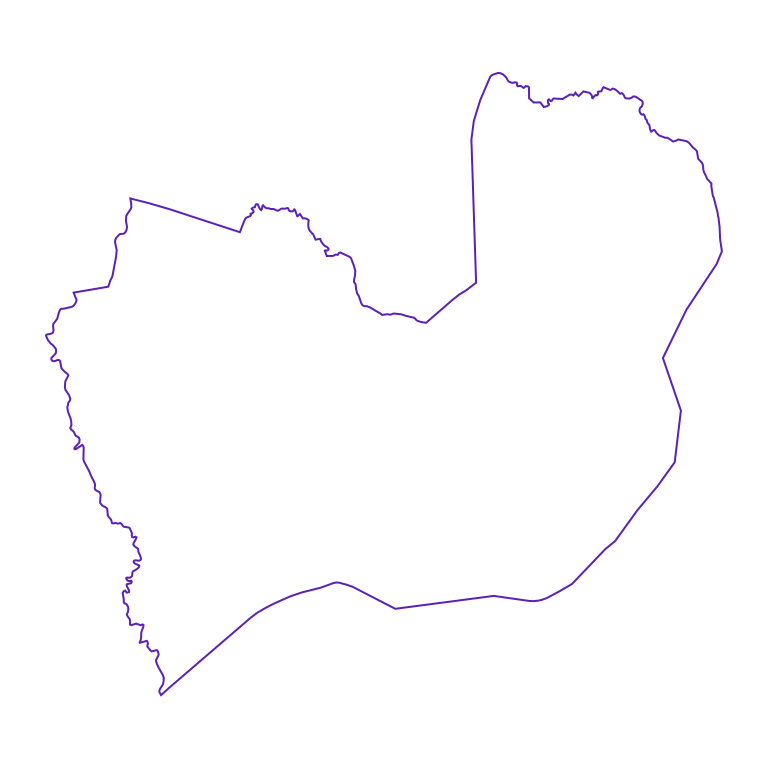 outline of Belen, Lempira, Honduras
{"feature_id": "27666195B74461525568246", "entity_name": "Belen", "entity_type": "district", "adm_level": 2, "iso_a3": "HND", "parent_name": "Honduras", "parent_adm1": "Lempira", "projection": "equal_earth", "projection_center": [-88.46, 14.523], "detail": "fine", "context": "isolated", "style": "outline", "palette": "violet", "viewbox_px": 768, "rotation_deg": 0, "n_neighbors": 0, "source": "geoboundaries", "source_scale": "gbopen_adm2", "svg_char_len": 5971}
<svg xmlns="http://www.w3.org/2000/svg" viewBox="0 0 768 768"><path d="M572.0,584.0L605.3,549.1L615.1,541.1L637.4,510.2L657.5,486.2L674.7,462.3L680.9,410.6L662.9,358.0L686.5,309.6L716.7,263.9L721.9,251.3L720.1,239.1L719.6,227.1L718.5,217.7L717.9,215.3L717.7,213.1L713.8,197.8L712.9,196.2L711.3,186.0L711.4,183.5L707.1,178.8L706.0,176.0L704.1,172.4L703.3,169.6L703.1,166.4L702.5,163.7L701.9,162.6L698.2,158.8L696.9,151.2L695.4,149.5L693.0,147.6L689.1,142.9L686.6,141.2L678.5,139.5L674.9,141.1L673.1,141.5L667.6,137.8L665.1,137.7L659.2,135.5L656.4,132.9L655.0,130.6L654.3,130.0L652.9,130.3L651.5,131.6L651.0,131.6L650.0,128.9L649.4,125.1L647.5,122.8L646.7,120.0L645.4,118.7L645.0,116.8L644.4,115.2L643.4,114.2L642.1,114.7L641.4,114.4L640.4,113.2L639.6,111.5L639.5,110.1L639.9,108.6L640.5,107.5L641.8,106.5L642.4,105.0L642.8,103.0L642.5,101.7L641.8,100.8L635.7,96.7L633.3,96.4L631.5,97.8L629.2,98.6L625.6,98.2L624.9,97.7L623.9,95.3L622.3,93.3L621.7,93.1L620.5,93.7L619.8,93.6L617.1,90.8L614.4,89.0L612.6,88.6L610.9,89.8L610.0,89.9L603.5,87.2L602.8,88.0L601.3,91.2L598.0,91.7L597.9,92.2L598.2,93.7L597.5,95.1L596.8,95.4L595.5,95.0L592.7,98.2L592.1,97.9L592.1,96.3L591.6,95.2L590.1,93.3L589.0,92.7L583.4,91.4L578.7,96.1L576.8,94.5L575.4,92.7L573.5,95.5L572.1,94.7L569.8,94.6L562.6,99.0L553.6,98.5L552.9,99.0L552.0,100.6L551.0,101.1L550.2,100.8L549.4,99.5L548.7,99.4L548.0,100.3L547.8,101.9L548.0,103.0L549.0,104.1L548.8,105.1L546.8,106.3L543.8,107.0L540.3,102.4L533.7,102.5L529.1,98.3L529.0,87.9L528.7,87.0L528.1,86.5L525.7,86.1L524.2,87.6L523.6,87.9L520.8,85.9L517.7,86.2L517.0,85.3L517.1,83.5L516.7,82.6L515.3,82.3L512.3,82.9L509.2,81.9L507.7,80.3L506.5,77.8L503.2,74.5L500.4,73.2L498.3,72.9L494.1,74.2L492.1,75.1L490.3,76.6L480.2,100.2L473.8,121.1L471.4,139.5L476.1,282.7L465.5,290.8L459.3,294.5L452.7,299.7L426.1,322.8L421.6,322.1L418.4,321.2L416.7,320.4L415.0,318.5L414.0,317.7L406.5,316.0L401.1,314.3L393.8,313.5L390.3,314.7L387.5,314.2L382.1,314.9L380.3,313.5L370.1,307.5L366.9,306.2L364.2,306.1L362.5,305.2L361.4,303.6L358.9,296.2L357.1,293.3L356.1,289.1L355.6,284.4L354.0,281.9L354.0,280.4L355.0,275.1L355.3,270.8L353.6,264.9L351.0,258.1L349.3,256.7L340.3,252.5L338.8,253.1L338.1,254.5L337.5,254.9L335.8,254.5L332.9,255.9L326.8,256.0L324.8,250.7L325.2,250.4L326.5,250.7L327.7,250.2L328.5,249.5L328.5,248.5L327.0,247.0L324.6,245.8L323.3,244.5L321.2,241.6L320.2,238.9L315.5,239.6L313.3,234.6L310.0,231.0L308.8,228.9L308.3,225.9L308.3,223.0L308.7,220.9L308.5,219.9L305.7,218.4L302.8,218.3L299.9,214.0L297.6,216.2L297.2,216.2L295.1,210.2L294.5,209.4L294.0,209.5L293.6,210.6L292.9,211.2L290.7,211.4L288.8,210.4L288.3,208.4L287.3,208.0L285.4,208.7L281.4,208.6L278.7,210.4L277.3,210.7L273.6,209.0L270.6,209.0L269.2,208.4L266.5,208.2L265.1,207.5L263.1,205.3L262.4,206.1L261.8,209.1L261.2,210.1L259.7,208.6L257.7,204.3L256.2,204.2L255.6,204.8L254.9,207.2L253.0,207.6L251.7,208.6L252.0,209.3L253.2,210.4L253.7,211.7L253.6,211.9L252.2,213.2L250.5,213.8L250.9,215.0L250.3,216.1L246.5,217.5L245.2,218.9L243.7,222.2L239.9,232.2L169.9,209.3L148.6,203.1L130.3,198.5L131.2,203.2L131.3,207.3L130.6,209.3L127.2,214.1L126.2,216.2L126.0,221.0L127.0,226.9L126.6,229.7L125.5,232.1L124.3,233.3L123.3,233.8L120.3,234.0L119.4,234.4L116.2,237.9L115.2,240.2L115.0,242.1L116.7,250.1L116.1,256.5L112.6,275.2L112.0,277.3L110.3,280.5L108.3,286.7L73.6,292.6L76.6,300.0L75.9,302.3L75.0,303.9L73.4,305.9L71.7,306.9L63.6,308.7L61.2,308.8L60.4,309.3L59.0,312.2L57.2,318.8L53.3,323.9L53.1,325.6L53.5,330.5L53.0,332.5L51.8,333.5L46.6,334.6L46.1,335.1L46.2,336.2L47.8,339.8L50.6,343.5L52.7,345.0L55.5,348.4L56.1,349.8L56.1,351.5L55.7,353.4L51.5,357.9L51.3,359.0L51.6,360.0L52.3,360.8L53.3,361.2L55.4,360.9L57.9,359.9L59.5,360.3L60.2,361.4L61.2,367.2L61.8,368.7L64.7,371.8L67.4,373.9L68.3,375.1L68.2,375.8L65.3,381.3L64.9,387.0L65.5,390.0L68.9,394.9L70.3,398.6L70.0,400.5L68.3,402.6L67.3,407.7L68.1,412.1L70.6,418.5L71.2,421.3L71.4,425.3L70.2,428.0L71.1,429.4L73.8,431.8L75.5,435.5L78.9,437.6L79.6,439.5L79.3,442.5L74.7,447.5L74.4,448.3L74.4,448.9L75.1,449.3L76.1,449.0L82.2,444.9L83.1,445.7L83.7,447.7L83.4,459.0L83.8,461.1L89.2,471.2L90.5,474.7L94.3,482.2L95.1,484.6L94.7,487.9L95.0,489.4L96.3,490.5L99.4,492.1L100.2,493.5L100.6,494.9L100.1,502.0L100.3,503.2L102.3,505.6L105.5,507.2L107.0,508.5L107.3,509.7L107.8,515.3L108.6,516.8L111.1,519.7L112.0,523.1L112.7,523.4L116.0,523.0L117.8,523.7L120.0,523.0L121.1,523.5L123.1,526.1L124.1,526.8L128.8,527.5L129.7,528.2L132.0,533.4L131.7,535.3L132.2,537.0L133.3,537.4L135.4,536.7L136.5,537.3L135.7,539.5L133.8,542.7L133.3,544.6L134.5,546.2L138.1,548.8L138.4,551.9L140.7,557.0L141.0,559.0L140.4,560.1L139.1,560.7L135.3,560.3L133.9,560.8L133.6,561.8L133.9,562.7L135.4,563.8L139.0,565.4L139.3,565.9L139.1,566.8L138.3,567.9L136.7,569.2L132.8,571.5L132.4,572.7L132.1,575.9L131.6,576.6L129.9,577.7L126.8,577.6L126.2,578.1L126.4,579.0L127.7,580.7L129.4,581.1L131.1,580.7L131.6,581.2L131.7,581.9L131.0,583.2L127.0,584.2L126.7,584.6L126.9,586.4L128.9,590.1L129.1,591.3L128.9,592.2L126.7,592.6L125.1,590.5L123.8,591.2L122.8,592.6L122.7,593.4L123.7,598.7L123.8,601.9L124.3,603.3L125.7,603.6L126.8,604.6L128.1,607.0L128.3,608.7L128.1,611.4L126.8,614.6L127.7,616.4L129.8,619.3L130.1,622.2L130.0,624.2L130.3,624.9L131.3,625.2L136.0,623.6L140.8,625.2L142.7,624.4L143.5,625.0L143.3,626.9L141.3,632.2L141.1,637.7L140.6,640.4L139.7,642.2L139.8,642.7L146.9,640.9L147.4,641.8L147.9,643.2L147.8,644.3L147.3,645.6L147.4,646.6L150.6,650.6L151.7,651.4L156.8,650.1L157.3,650.4L158.0,651.8L158.5,653.5L158.6,655.0L156.1,659.9L156.0,661.0L156.8,663.6L158.2,666.9L162.7,674.8L163.8,678.0L163.6,681.1L163.0,684.0L162.1,685.8L160.2,688.6L159.3,690.9L159.4,692.0L161.1,695.1L169.6,687.4L250.7,617.7L257.3,612.7L265.2,608.1L273.7,603.7L290.4,596.3L302.0,592.4L321.0,587.6L333.6,583.0L336.5,582.5L339.1,582.7L346.6,584.7L352.6,586.8L395.3,608.8L493.7,595.9L529.6,601.0L534.1,601.1L538.6,600.6L542.3,599.7L546.7,598.1L558.4,591.9L572.0,584.0Z" fill="none" stroke="#5b21b6" stroke-width="2"/></svg>